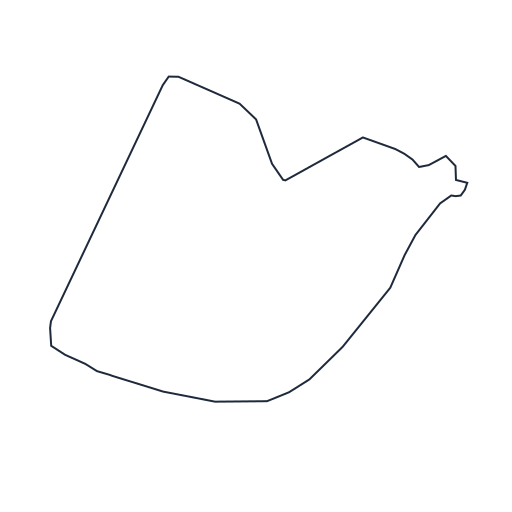 outline of Federal Capital Territory, rotated 26°
{"feature_id": "NGA-3470", "entity_name": "Federal Capital Territory", "entity_type": "State", "adm_level": 1, "iso_a3": "NGA", "parent_name": "Nigeria", "parent_adm1": "", "projection": "orthographic", "projection_center": [7.256, 8.878], "detail": "fine", "context": "isolated", "style": "outline", "palette": "slate", "viewbox_px": 512, "rotation_deg": 26, "n_neighbors": 0, "source": "natural_earth", "source_scale": "10m", "svg_char_len": 649}
<svg xmlns="http://www.w3.org/2000/svg" viewBox="0 0 512 512"><g transform="rotate(26 256 256)"><path d="M179.6,426.7L176.4,427.0L163.5,429.2L150.0,427.8L127.8,428.5L111.3,426.5L102.5,411.0L100.3,404.5L97.3,143.3L98.9,133.0L107.7,128.9L174.5,126.3L196.2,133.2L230.0,166.1L247.0,175.7L249.3,175.1L300.1,102.6L334.4,98.8L344.5,99.1L354.4,100.7L363.5,104.5L371.4,98.6L382.8,82.8L395.8,87.6L402.4,100.0L413.8,97.6L414.7,104.9L413.5,111.9L409.2,114.7L405.0,116.0L398.4,128.0L390.1,167.2L389.2,190.0L390.6,225.7L373.7,299.6L358.1,343.5L345.4,364.0L329.5,381.7L283.0,404.9L231.9,418.6L179.6,426.7Z" fill="none" stroke="#1e293b" stroke-width="2"/></g></svg>